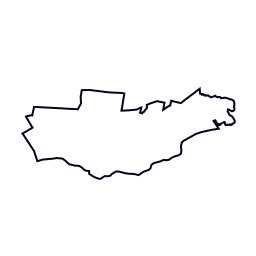 Comuna 4, Ciudad de Buenos Aires, Argentina, rotated 15°
{"feature_id": "61730980B82066929031844", "entity_name": "Comuna 4", "entity_type": "district", "adm_level": 2, "iso_a3": "ARG", "parent_name": "Argentina", "parent_adm1": "Ciudad de Buenos Aires", "projection": "natural_earth1", "projection_center": [-58.377, -34.64], "detail": "fine", "context": "isolated", "style": "outline", "palette": "ink", "viewbox_px": 256, "rotation_deg": 15, "n_neighbors": 0, "source": "geoboundaries", "source_scale": "gbopen_adm2", "svg_char_len": 4802}
<svg xmlns="http://www.w3.org/2000/svg" viewBox="0 0 256 256"><g transform="rotate(15 128 128)"><path d="M49.0,183.5L54.0,180.5L59.0,178.7L63.0,177.2L66.8,175.5L72.6,174.5L76.0,175.8L80.5,178.2L86.4,178.1L90.6,177.2L93.7,178.2L97.2,180.0L99.5,180.0L101.6,179.6L102.3,182.3L104.1,182.9L107.0,183.8L110.1,184.4L112.3,184.5L114.4,184.4L118.0,180.5L120.4,180.0L123.2,178.7L124.2,176.7L127.5,173.3L130.4,172.4L136.7,172.4L140.7,172.0L144.1,171.1L146.9,170.8L150.3,170.8L152.2,168.8L154.2,166.3L157.1,164.3L159.2,162.8L160.2,160.8L160.2,157.5L161.8,155.4L164.8,153.6L168.0,151.8L170.6,149.6L173.1,149.3L175.6,148.2L178.0,145.4L180.9,143.0L184.1,141.2L185.8,139.0L185.4,136.0L183.9,132.1L183.7,128.2L184.9,126.1L190.2,121.0L195.1,116.2L199.9,113.0L209.1,108.2L215.8,105.2L208.8,99.1L209.9,98.0L210.4,98.0L212.9,100.6L213.3,100.6L214.0,101.1L214.5,101.9L216.3,101.0L216.4,100.7L216.2,100.6L215.9,100.4L216.5,100.2L216.8,99.8L216.8,99.7L219.2,97.4L219.8,97.2L220.1,97.4L220.6,99.1L220.8,99.3L221.1,99.3L221.2,99.5L221.4,99.6L221.7,99.5L221.8,99.9L222.1,99.8L222.4,99.5L222.6,99.3L223.1,99.1L223.3,99.4L225.8,98.5L225.7,98.1L226.9,97.8L227.0,98.2L227.3,98.0L227.2,97.7L227.8,97.0L229.1,95.6L229.4,95.4L229.5,95.1L229.5,94.9L229.4,94.7L229.4,94.4L229.4,94.0L229.4,93.7L229.0,93.2L228.7,92.8L228.5,92.6L228.3,92.4L228.0,92.0L227.7,91.8L225.8,90.0L225.6,89.9L225.3,89.8L224.9,89.8L224.7,89.7L224.3,89.6L223.3,89.3L223.1,89.2L222.9,89.1L222.7,89.1L222.5,88.9L222.2,88.6L221.9,88.2L221.7,87.9L221.4,87.6L221.0,87.3L220.8,87.0L220.5,86.7L220.2,86.4L219.9,86.0L219.8,84.2L220.1,84.2L220.6,84.2L221.1,84.3L222.5,84.6L223.0,84.7L223.4,84.8L224.1,84.8L224.4,84.8L224.8,84.7L225.1,84.5L225.2,84.3L225.3,84.2L225.4,83.8L225.5,83.6L225.8,83.3L225.9,82.9L225.9,82.7L225.9,82.4L225.8,81.9L225.7,81.7L225.6,81.2L225.3,80.9L225.2,80.7L225.0,80.4L224.9,80.1L224.9,79.7L224.9,79.3L224.8,78.7L224.7,78.3L224.7,77.8L224.6,77.5L224.5,77.2L224.5,76.9L224.3,76.7L224.2,76.4L224.1,76.2L223.9,75.7L223.7,75.2L223.6,74.9L223.4,74.7L223.1,74.5L222.9,74.4L222.6,74.3L222.3,74.1L222.0,74.0L221.7,73.9L220.9,73.7L220.5,73.7L220.1,73.7L219.7,73.7L219.4,73.8L218.8,73.9L218.4,73.8L218.0,73.8L217.7,73.7L217.3,73.6L216.9,73.5L216.6,73.5L216.2,73.5L215.8,73.5L215.4,73.6L215.1,73.7L214.7,73.6L213.8,73.6L213.5,73.7L213.4,73.7L213.2,73.8L212.9,74.1L210.4,75.1L210.4,74.9L209.2,74.4L207.5,74.5L206.4,75.2L204.8,74.7L204.2,74.8L203.8,74.8L203.6,74.8L203.4,74.8L203.4,74.7L200.5,76.8L198.4,76.4L196.0,75.5L196.3,75.8L196.0,76.1L195.4,76.5L194.8,76.5L194.1,76.3L193.8,76.8L193.7,76.8L193.4,76.8L193.0,76.3L192.2,75.9L191.0,76.7L190.7,76.1L188.9,76.3L188.7,76.0L188.1,74.5L187.5,72.7L187.1,71.5L186.6,72.1L186.4,72.4L186.2,72.6L184.0,75.4L183.5,76.2L181.4,78.9L181.2,79.1L180.4,80.1L178.5,82.6L176.4,85.2L176.2,85.5L175.6,86.3L175.4,86.6L175.1,87.0L174.9,87.2L174.4,87.9L173.6,89.0L172.9,90.0L172.6,90.3L171.9,90.3L165.8,90.5L162.7,90.5L162.8,91.2L162.7,95.3L162.8,95.4L162.5,95.5L159.7,98.3L159.4,98.8L157.7,100.8L157.3,101.3L157.2,100.5L157.2,100.1L157.2,99.6L157.0,97.8L156.7,94.5L156.7,94.1L153.4,94.3L153.0,94.4L149.3,94.5L147.3,95.8L142.9,98.7L142.5,99.0L140.2,100.9L140.4,101.4L141.1,103.7L141.1,103.8L139.3,107.6L139.2,108.0L139.3,108.1L139.1,108.3L139.0,108.5L138.1,109.1L138.0,109.4L138.0,110.1L135.7,110.2L135.7,108.4L135.6,104.7L135.4,104.8L134.7,105.4L132.9,106.8L131.4,108.1L130.2,108.5L127.2,109.6L125.0,110.4L123.5,111.0L122.7,111.2L120.9,111.8L120.4,112.0L118.9,112.4L117.2,112.9L116.9,109.2L116.8,108.6L116.6,106.4L116.1,101.6L115.8,98.0L115.5,95.6L113.5,95.7L111.4,96.1L109.2,96.6L107.0,97.1L104.1,97.7L104.0,97.8L100.4,98.5L97.8,98.9L95.9,99.2L95.3,99.2L92.7,99.6L90.4,99.9L86.1,100.5L84.3,100.8L83.8,100.8L80.6,101.3L78.4,102.0L77.5,102.2L77.2,102.3L74.0,103.3L73.6,103.4L73.6,104.0L73.9,106.4L73.9,106.8L74.1,109.7L74.2,110.0L75.4,113.8L76.1,115.3L76.2,115.7L76.2,116.9L75.8,118.4L75.3,120.2L75.2,120.8L74.7,122.9L73.9,123.0L73.4,123.1L70.7,123.7L68.0,124.3L64.7,125.0L62.8,125.4L62.5,125.5L60.0,126.0L59.7,126.0L58.3,126.3L57.8,126.4L57.4,126.5L55.0,127.0L49.8,128.1L46.9,128.7L46.6,128.8L44.3,129.3L43.1,129.5L41.8,129.8L40.6,130.1L39.9,130.2L39.5,130.3L38.1,130.6L37.1,130.8L36.7,130.9L36.3,130.9L34.7,131.3L34.2,131.4L33.7,131.5L32.2,131.9L31.8,132.0L31.9,133.4L32.0,135.1L32.0,136.7L32.1,138.2L32.3,140.6L31.2,140.7L29.5,141.7L29.3,141.7L26.5,143.3L27.4,144.4L28.9,145.8L30.5,147.4L30.8,147.7L32.6,149.4L34.9,151.7L35.3,152.1L35.7,152.4L34.5,153.6L32.4,155.8L30.5,157.7L29.1,159.1L27.5,160.6L30.3,163.0L32.2,164.8L32.5,165.0L33.7,166.1L33.9,166.4L34.6,166.9L34.9,167.0L35.1,167.3L37.3,169.3L37.6,169.6L38.8,170.6L39.0,170.8L39.3,171.1L40.7,172.3L41.0,172.6L42.1,173.6L42.4,173.8L43.2,174.5L43.8,175.5L45.3,177.8L46.7,179.9L46.8,180.2L47.4,180.9L48.7,183.0L49.0,183.5Z" fill="none" stroke="#020617" stroke-width="2"/></g></svg>